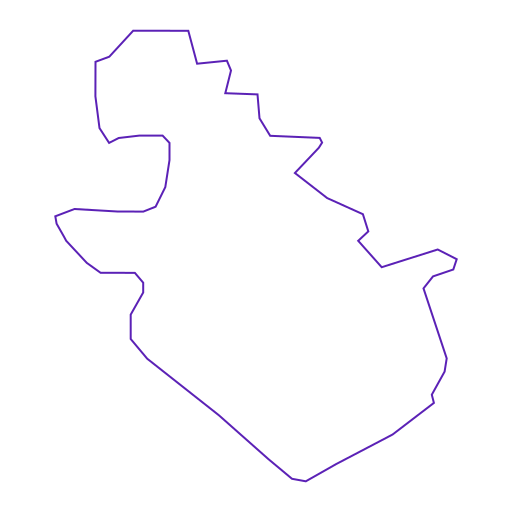 outline of North Lanarkshire
{"feature_id": "GBR-2007", "entity_name": "North Lanarkshire", "entity_type": "Unitary District", "adm_level": 1, "iso_a3": "GBR", "parent_name": "United Kingdom", "parent_adm1": "", "projection": "albers", "projection_center": [-3.971, 55.879], "detail": "fine", "context": "isolated", "style": "outline", "palette": "violet", "viewbox_px": 512, "rotation_deg": 0, "n_neighbors": 0, "source": "natural_earth", "source_scale": "10m", "svg_char_len": 874}
<svg xmlns="http://www.w3.org/2000/svg" viewBox="0 0 512 512"><path d="M188.3,30.8L193.9,51.7L197.1,63.7L226.9,60.7L231.0,70.5L225.3,93.2L257.5,94.4L259.5,118.3L270.2,135.8L319.7,137.9L322.1,142.6L318.8,147.8L294.9,173.0L327.2,198.1L362.9,214.2L368.3,231.4L358.2,240.8L381.7,267.2L437.7,249.5L456.7,259.2L453.3,269.5L433.0,276.4L423.5,288.4L446.7,358.4L444.6,371.6L431.8,394.7L433.9,402.9L392.6,434.5L336.1,464.1L305.8,481.3L292.0,478.8L268.5,459.2L218.8,415.2L147.2,358.7L130.7,339.0L130.7,335.9L130.7,314.6L143.2,292.5L143.2,282.7L134.9,272.9L119.8,272.8L100.6,272.8L86.8,262.9L66.2,240.8L64.0,236.7L56.6,223.7L55.3,216.3L74.5,209.0L117.2,211.5L143.3,211.6L155.6,206.7L165.3,187.1L169.5,160.1L169.5,142.9L162.6,135.6L139.3,135.6L118.7,138.0L109.1,142.9L99.5,128.1L95.4,96.3L95.5,61.8L109.3,56.7L133.2,30.7L188.3,30.8Z" fill="none" stroke="#5b21b6" stroke-width="2"/></svg>